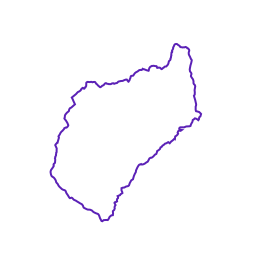 outline of Rusca Montana, Caras-Severin, Romania, rotated 291°
{"feature_id": "2599482B76888345193799", "entity_name": "Rusca Montana", "entity_type": "district", "adm_level": 2, "iso_a3": "ROU", "parent_name": "Romania", "parent_adm1": "Caras-Severin", "projection": "albers", "projection_center": [22.446, 45.608], "detail": "fine", "context": "isolated", "style": "outline", "palette": "violet", "viewbox_px": 256, "rotation_deg": 291, "n_neighbors": 0, "source": "geoboundaries", "source_scale": "gbopen_adm2", "svg_char_len": 5761}
<svg xmlns="http://www.w3.org/2000/svg" viewBox="0 0 256 256"><g transform="rotate(291 128 128)"><path d="M187.2,176.6L191.1,175.8L192.2,174.8L192.6,173.8L193.3,173.1L195.1,172.4L196.0,171.8L196.8,171.1L197.0,170.8L198.2,169.0L198.9,168.2L199.6,168.0L201.2,167.9L201.9,167.4L203.2,165.5L204.9,164.6L208.7,163.9L211.3,163.7L213.9,163.3L214.6,162.8L215.0,162.0L216.6,160.5L218.2,158.7L218.7,158.3L219.8,157.8L220.5,157.6L222.0,157.5L222.7,157.2L223.3,156.5L223.8,155.6L223.7,155.3L223.7,154.8L224.1,154.3L224.2,153.6L224.3,153.1L224.2,152.5L223.6,151.9L223.3,151.1L222.7,149.9L222.7,149.3L222.4,148.4L222.4,147.8L222.5,147.6L222.6,147.3L223.0,147.0L223.2,146.6L223.4,145.3L223.8,144.1L223.9,143.6L223.7,142.7L223.2,142.1L222.9,141.8L222.7,141.7L222.0,141.5L220.6,141.5L219.4,141.3L219.0,141.4L218.2,141.7L215.9,141.4L215.7,141.5L215.4,141.8L214.6,142.0L214.3,141.8L214.2,141.6L213.9,141.6L212.6,142.0L211.6,142.2L211.4,142.3L211.2,142.5L210.5,142.5L210.0,142.6L208.9,142.9L208.1,142.7L207.5,143.0L207.0,143.1L206.5,143.0L205.6,142.5L204.9,142.3L204.5,142.3L202.7,142.6L201.5,142.5L200.8,142.3L199.3,141.7L199.1,141.6L198.7,140.6L198.4,140.3L197.9,140.0L197.1,139.7L196.6,139.2L196.1,139.0L195.5,138.7L195.2,138.5L195.0,138.3L195.0,138.1L195.3,137.3L195.6,136.7L195.7,136.3L195.5,135.2L195.2,134.8L195.1,134.5L194.7,134.0L194.6,133.7L194.8,133.5L195.7,132.8L195.8,132.6L195.9,132.4L195.7,132.0L195.3,129.8L195.1,129.3L194.7,128.6L194.5,128.0L194.1,127.7L193.5,127.2L192.9,126.8L192.0,126.5L190.4,126.5L189.6,126.6L189.0,126.8L188.8,126.7L188.6,124.8L188.6,121.6L188.5,121.3L188.3,121.1L188.5,120.5L188.2,120.4L187.7,120.3L187.3,120.1L187.0,119.8L186.7,118.8L186.2,118.0L186.1,117.8L184.1,116.6L183.4,115.9L182.6,115.3L181.7,114.8L180.7,114.5L179.6,114.3L178.9,114.1L178.6,113.9L178.3,113.1L177.4,112.1L176.8,112.1L175.8,112.3L173.8,112.2L173.0,112.3L171.5,111.8L171.4,111.8L171.4,111.7L171.7,111.4L171.9,110.8L172.5,110.0L172.8,109.5L172.7,109.3L172.4,108.6L171.3,107.3L170.4,106.5L170.0,106.0L169.3,104.5L168.8,103.8L168.1,102.7L167.7,102.3L166.2,101.7L164.8,99.7L164.3,99.2L164.5,98.6L164.5,98.2L163.8,97.0L163.2,96.6L162.8,96.2L162.4,95.1L162.1,94.6L162.1,93.9L161.8,92.5L161.8,92.2L162.0,91.5L161.9,91.2L161.2,90.5L159.6,90.0L159.2,89.8L158.2,88.8L156.8,88.1L156.5,87.8L156.1,87.4L156.1,87.2L157.0,84.6L157.6,83.6L158.0,82.3L158.2,82.0L158.6,81.6L158.8,81.4L159.1,80.6L158.9,80.0L158.5,79.1L157.9,78.3L158.0,77.7L157.9,77.1L157.5,76.4L157.3,76.1L157.0,75.4L156.8,74.5L156.4,73.5L155.8,73.1L155.4,72.9L155.1,72.9L152.6,73.8L152.1,73.9L151.0,73.5L150.8,73.6L150.6,73.7L149.8,73.2L149.4,73.1L149.1,73.1L149.0,72.9L148.9,72.3L148.9,72.2L149.3,71.9L149.3,71.4L149.2,71.3L149.0,71.1L147.1,70.3L146.8,70.3L146.5,70.4L145.6,70.0L144.6,69.3L143.9,68.6L143.4,68.2L141.0,67.3L136.3,64.6L134.7,66.4L133.6,67.4L131.1,70.0L126.7,67.7L126.0,67.0L125.6,66.7L124.7,66.5L124.1,66.5L122.5,66.7L120.4,65.5L119.5,65.2L118.1,64.7L117.5,64.7L116.8,64.7L115.5,65.1L115.1,65.2L114.3,65.1L114.0,65.3L113.3,66.3L113.0,67.0L111.1,69.5L109.4,71.1L109.1,71.3L108.6,71.3L107.6,71.1L106.5,70.6L106.3,70.4L106.2,69.8L105.7,69.3L104.9,68.6L104.4,68.7L104.0,68.6L102.7,68.1L101.8,67.8L101.2,67.4L100.5,67.1L99.0,66.7L97.3,66.6L96.9,66.4L96.3,66.4L95.8,66.2L95.3,66.1L94.2,67.0L90.4,67.3L89.0,67.5L88.7,67.0L88.3,67.0L87.9,66.8L87.0,66.4L86.2,66.2L85.8,66.3L84.8,67.4L84.2,67.9L83.7,68.5L83.3,68.8L82.0,69.2L79.9,70.0L79.3,69.8L78.1,70.2L77.5,70.2L77.2,70.4L76.7,70.6L76.2,70.6L75.1,70.4L74.4,70.7L73.6,70.6L73.0,71.1L72.1,71.5L69.4,72.3L68.6,72.0L68.0,71.6L67.4,71.6L66.8,71.7L66.6,72.0L65.6,72.3L63.4,71.8L62.0,71.4L61.0,71.2L59.8,71.3L58.9,71.6L56.9,72.8L56.5,73.2L55.7,74.0L55.5,74.6L55.2,76.1L55.0,76.7L54.2,78.0L53.7,78.7L53.1,79.3L52.7,79.7L51.9,80.2L51.5,80.6L51.0,81.5L50.7,82.2L50.4,82.6L49.3,83.8L48.5,85.2L47.7,87.2L47.3,88.1L47.1,89.5L47.2,91.0L47.1,91.8L46.9,92.2L46.2,92.9L45.6,93.4L45.0,94.0L43.8,95.8L42.0,98.1L41.9,98.5L41.7,98.9L41.8,99.1L42.7,100.2L42.7,100.7L42.6,101.2L42.1,102.1L41.6,103.2L41.5,105.3L41.1,107.1L40.8,109.0L40.6,109.6L40.3,112.2L40.1,112.6L39.4,113.7L37.9,115.0L37.7,115.5L37.4,118.5L37.4,119.7L38.1,121.7L38.1,122.8L38.1,123.4L38.0,124.0L37.2,125.8L37.0,127.5L36.9,129.2L37.0,129.9L36.9,131.1L36.6,131.6L35.7,132.6L33.7,134.3L31.7,136.6L31.8,137.5L33.2,138.2L34.3,140.5L34.8,142.1L36.2,142.5L38.5,142.7L40.5,143.8L41.2,145.1L42.8,144.7L44.4,143.9L45.0,143.7L46.7,144.5L48.3,144.4L49.0,143.9L50.1,143.7L51.6,144.0L52.4,143.1L53.2,142.2L53.9,142.3L54.9,143.6L55.6,144.1L56.5,143.5L57.9,143.3L58.9,143.8L60.0,143.5L60.7,142.7L61.7,143.7L62.4,144.6L63.5,144.8L65.2,146.1L66.0,145.7L67.4,144.3L69.5,143.5L70.4,144.5L71.2,146.0L72.6,147.1L73.8,148.9L74.8,149.5L77.2,149.4L80.3,149.8L81.9,151.0L85.4,150.7L87.6,150.8L89.7,151.1L91.2,150.7L94.5,150.9L95.8,151.1L97.2,151.4L97.9,151.8L98.9,153.0L98.6,153.2L99.3,154.9L100.6,156.3L102.2,157.3L103.7,158.5L107.2,158.9L108.3,159.7L108.7,160.7L110.4,161.8L112.8,162.7L113.9,163.7L115.4,163.7L117.0,163.5L118.1,164.4L118.8,164.8L120.0,165.4L121.5,165.3L122.5,166.2L123.9,166.5L125.0,167.4L126.7,168.2L127.5,169.3L129.2,170.6L128.7,172.4L130.8,173.1L132.5,174.2L134.3,175.0L134.3,175.8L137.0,175.1L138.1,175.9L139.5,176.6L140.7,176.8L141.4,176.0L143.0,176.0L143.9,176.7L144.2,178.1L145.4,178.9L145.1,177.7L145.0,176.5L145.9,176.0L146.8,176.1L147.4,176.7L148.1,178.4L148.7,180.1L150.3,181.8L151.7,184.9L152.3,185.6L153.7,185.5L155.2,185.6L155.9,185.8L156.9,185.9L158.7,185.6L159.7,186.4L160.9,186.9L161.1,187.7L161.0,189.1L160.9,189.7L160.7,190.3L160.5,190.8L161.4,191.1L163.5,190.7L164.8,191.4L167.3,191.2L167.9,190.0L168.4,188.7L168.3,187.1L168.1,185.5L169.1,184.7L172.2,183.5L173.3,183.5L174.6,183.1L178.2,180.7L181.7,178.0L183.1,178.3L185.2,177.6L187.2,176.6Z" fill="none" stroke="#5b21b6" stroke-width="2"/></g></svg>